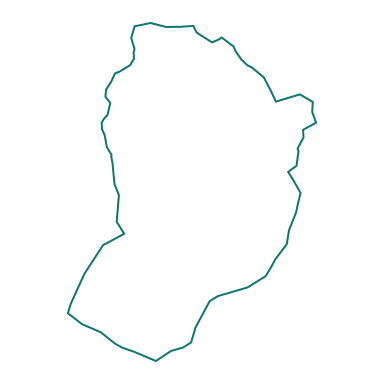 Xairxandulaan, Övörhangay, Mongolia (Equal Earth projection)
{"feature_id": "93677404B8353110433001", "entity_name": "Xairxandulaan", "entity_type": "district", "adm_level": 2, "iso_a3": "MNG", "parent_name": "Mongolia", "parent_adm1": "Övörhangay", "projection": "equal_earth", "projection_center": [102.066, 45.837], "detail": "fine", "context": "isolated", "style": "outline", "palette": "teal", "viewbox_px": 384, "rotation_deg": 0, "n_neighbors": 0, "source": "geoboundaries", "source_scale": "gbopen_adm2", "svg_char_len": 1122}
<svg xmlns="http://www.w3.org/2000/svg" viewBox="0 0 384 384"><path d="M122.1,347.6L133.9,351.7L155.9,361.0L171.1,350.9L182.9,347.6L191.1,342.5L195.5,327.5L209.7,301.1L218.1,296.0L247.4,287.5L265.7,276.1L269.9,269.2L275.4,259.2L286.8,244.1L289.0,230.2L296.2,212.1L298.1,202.8L300.6,193.0L293.9,181.1L288.2,171.9L296.5,165.8L298.5,151.1L297.6,148.6L303.5,137.4L303.1,129.8L316.1,122.7L312.2,112.0L312.8,102.0L299.9,94.4L275.9,101.6L270.8,90.7L263.9,77.5L251.8,67.4L247.6,65.4L241.7,60.0L235.5,51.1L233.5,46.4L221.6,37.5L219.3,39.2L212.1,42.4L199.0,34.1L196.4,32.2L193.4,25.9L179.5,26.9L172.7,26.9L166.1,27.0L150.6,23.0L134.6,26.3L131.2,38.0L134.1,47.5L134.5,49.1L133.6,52.5L133.8,55.2L133.9,59.1L132.9,60.4L131.6,62.5L130.4,65.0L119.3,71.8L115.0,73.4L111.0,82.1L106.1,89.5L105.4,96.8L110.3,103.0L107.4,115.1L104.0,118.7L101.7,122.6L102.0,129.1L104.7,135.4L106.9,147.3L111.5,154.7L111.3,157.0L112.5,162.9L113.4,172.8L114.5,184.2L118.9,195.0L116.7,221.8L124.2,233.8L103.1,245.1L84.4,273.8L70.9,303.5L67.9,313.2L81.9,324.1L101.2,332.5L109.0,338.9L115.0,343.6L122.1,347.6Z" fill="none" stroke="#0f766e" stroke-width="2"/></svg>